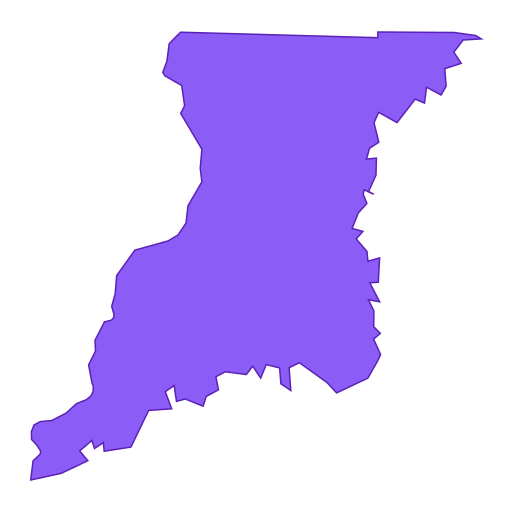 outline of Knox, Indiana, United States of America
{"feature_id": "52423323B4798034374096", "entity_name": "Knox", "entity_type": "district", "adm_level": 2, "iso_a3": "USA", "parent_name": "United States of America", "parent_adm1": "Indiana", "projection": "equal_earth", "projection_center": [-87.444, 38.661], "detail": "fine", "context": "isolated", "style": "filled", "palette": "violet", "viewbox_px": 512, "rotation_deg": 0, "n_neighbors": 0, "source": "geoboundaries", "source_scale": "gbopen_adm2", "svg_char_len": 1574}
<svg xmlns="http://www.w3.org/2000/svg" viewBox="0 0 512 512"><path d="M95.0,340.3L95.5,351.1L88.6,364.9L92.0,383.0L93.3,386.4L93.1,391.4L91.1,395.7L86.5,399.6L76.4,403.7L66.1,413.1L51.7,420.5L40.2,421.6L34.1,424.9L31.4,431.6L31.6,439.5L36.7,445.0L40.6,450.9L40.2,454.2L33.1,460.8L30.7,480.0L61.3,473.3L87.8,460.7L79.7,450.9L91.9,440.4L94.5,448.5L103.3,442.7L104.2,451.2L130.9,447.1L148.7,410.4L171.7,408.8L165.3,391.7L174.1,385.5L176.5,401.4L185.2,399.0L203.1,406.2L206.2,396.5L218.5,389.8L215.9,376.8L225.1,371.8L246.3,374.5L252.7,366.2L260.7,378.1L266.2,364.6L279.6,367.9L280.9,383.8L290.8,390.5L289.1,367.7L299.4,362.7L327.3,382.8L336.6,392.9L367.9,378.1L377.4,361.4L380.6,354.6L373.6,339.1L380.3,333.4L373.7,326.7L373.9,310.9L368.4,299.7L379.6,301.8L369.8,282.8L378.3,282.2L379.6,257.9L367.9,261.2L367.0,251.5L356.2,238.9L362.9,231.4L352.1,228.4L358.3,212.9L366.9,203.4L363.2,194.3L364.2,189.8L373.8,194.3L368.6,191.4L376.0,175.1L376.4,158.1L366.5,159.1L369.5,148.3L378.8,142.2L374.0,122.8L378.6,112.3L397.0,122.6L415.2,99.1L424.5,103.1L426.5,87.2L441.0,95.0L446.1,86.3L444.8,68.7L461.2,63.3L453.8,52.2L463.1,40.0L481.3,38.9L475.7,35.5L454.3,32.5L377.8,32.0L377.8,37.7L180.5,32.2L169.2,43.6L166.9,61.2L162.8,72.3L164.8,75.8L175.9,82.2L181.7,85.5L184.6,105.7L180.7,113.4L201.9,149.2L200.6,163.8L200.2,168.1L201.9,181.8L197.1,190.1L188.0,205.7L186.0,223.1L178.0,235.0L175.0,236.8L168.1,240.9L134.9,250.1L116.7,275.5L115.1,294.2L111.7,306.4L113.9,314.1L114.0,316.8L112.3,319.5L110.3,320.5L104.5,321.8L95.0,340.3Z" fill="#8b5cf6" stroke="#5b21b6" stroke-width="1.5"/></svg>